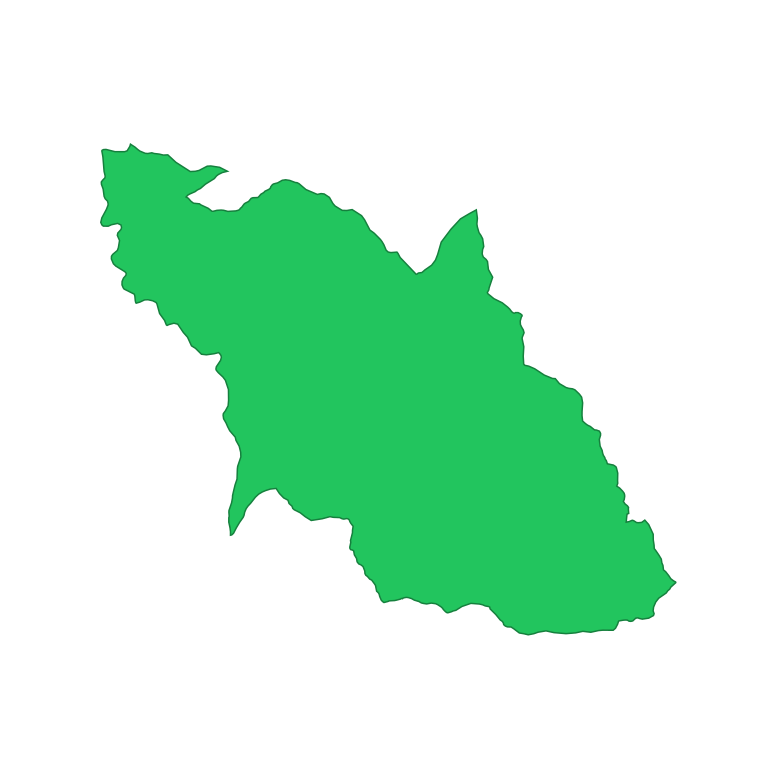 Saleng, Mongar, Bhutan, rotated 167°
{"feature_id": "84629894B77073852352819", "entity_name": "Saleng", "entity_type": "district", "adm_level": 2, "iso_a3": "BTN", "parent_name": "Bhutan", "parent_adm1": "Mongar", "projection": "natural_earth1", "projection_center": [91.106, 27.254], "detail": "fine", "context": "isolated", "style": "filled", "palette": "green", "viewbox_px": 768, "rotation_deg": 167, "n_neighbors": 0, "source": "geoboundaries", "source_scale": "gbopen_adm2", "svg_char_len": 6126}
<svg xmlns="http://www.w3.org/2000/svg" viewBox="0 0 768 768"><g transform="rotate(167 384 384)"><path d="M254.9,532.9L262.5,530.8L272.3,527.7L283.9,519.8L296.3,509.4L302.6,498.1L306.0,493.1L310.9,489.0L318.4,486.0L321.9,484.1L325.6,484.4L327.1,483.7L328.0,483.7L339.8,503.6L341.0,508.1L341.7,509.6L347.7,510.5L350.2,511.6L351.8,513.9L352.8,519.7L353.9,523.2L355.0,525.7L359.6,533.1L363.1,537.2L366.0,548.4L368.0,553.1L375.8,561.1L381.2,561.4L385.7,562.6L391.6,568.4L393.2,571.4L395.2,578.1L399.5,582.6L402.5,583.7L406.3,583.7L416.3,591.0L421.8,598.4L423.4,599.7L425.1,600.3L430.1,603.6L433.9,605.1L437.3,605.4L442.4,603.9L446.3,603.8L447.8,603.4L449.9,601.7L450.9,600.2L452.6,599.5L456.7,598.6L458.1,597.6L461.3,596.6L464.1,594.5L465.1,594.1L469.8,595.0L471.6,594.8L474.9,592.3L478.6,591.4L479.9,590.8L482.8,588.3L484.6,587.4L485.2,586.7L486.6,586.1L489.5,586.0L497.3,587.3L501.1,589.3L503.5,590.1L507.8,590.8L511.3,590.7L512.8,591.0L515.7,594.7L522.0,599.6L523.3,601.1L528.9,603.0L531.0,605.5L532.9,609.0L534.8,610.7L532.6,612.2L530.6,612.8L524.8,613.9L522.1,615.1L518.9,615.8L513.0,618.9L503.1,622.3L500.4,624.4L498.2,625.4L494.0,626.4L488.7,626.5L495.4,632.1L503.7,635.4L507.3,636.0L516.1,633.7L520.0,633.7L525.0,634.6L536.9,646.8L543.1,655.9L547.5,656.7L551.3,658.6L556.1,660.3L558.2,661.5L562.3,661.7L564.8,662.5L569.5,665.9L571.2,667.9L573.3,670.8L577.1,674.7L578.2,672.7L581.8,669.0L584.5,668.7L593.9,670.9L602.1,675.1L604.6,675.5L606.0,675.2L606.5,674.6L606.8,668.6L608.9,654.2L608.9,649.3L609.6,647.6L612.3,645.9L614.0,644.4L614.4,642.1L613.8,637.2L614.5,629.8L614.0,627.2L612.3,624.5L612.2,622.3L612.6,620.4L615.2,616.6L621.6,609.3L623.6,605.2L623.1,602.5L622.0,601.0L617.2,599.8L613.7,600.5L607.4,600.4L604.5,598.1L604.5,595.6L605.4,593.8L609.4,591.0L610.4,588.8L609.4,583.3L612.2,576.5L613.8,574.1L619.2,571.3L620.8,569.8L621.5,567.2L620.6,562.0L618.7,559.1L611.5,552.0L610.7,550.9L610.3,549.5L611.1,547.9L614.0,545.8L616.1,542.9L617.0,539.5L616.5,536.5L615.9,535.0L607.1,527.7L607.0,525.6L607.6,521.1L607.6,519.3L607.3,518.5L603.5,518.7L598.4,519.8L595.0,519.2L590.6,517.1L587.7,514.7L587.2,512.9L586.8,503.1L583.5,495.3L582.8,490.6L582.2,489.9L580.0,490.3L575.0,490.5L571.5,488.7L567.9,479.3L564.9,473.8L563.0,464.5L559.7,461.2L555.2,454.1L550.5,452.4L542.6,451.7L538.1,451.8L537.2,450.4L536.4,448.4L536.5,446.5L537.9,443.8L543.5,438.5L544.4,436.4L544.3,435.1L542.9,432.3L539.4,427.1L537.7,423.3L536.8,413.6L539.1,403.1L540.8,397.8L544.6,393.5L547.2,391.3L547.8,389.7L548.1,386.2L546.7,381.7L545.9,377.4L544.8,373.1L540.9,365.7L540.9,362.3L539.1,356.0L539.0,349.7L539.9,345.1L545.1,336.7L546.0,334.2L548.6,324.4L551.8,319.2L554.9,313.0L556.7,309.2L557.3,307.0L559.2,302.6L563.5,295.6L564.0,293.8L564.6,290.0L565.3,288.6L566.3,284.3L566.4,278.4L566.8,274.6L567.6,271.2L566.3,271.2L564.2,272.4L560.3,277.0L555.8,281.7L551.3,285.7L550.0,287.4L548.6,290.4L546.3,293.6L543.8,295.8L540.9,297.7L534.7,302.7L530.9,304.9L526.8,306.2L523.3,306.8L518.3,307.2L512.6,306.5L510.5,300.8L507.4,295.6L503.7,292.4L503.4,288.9L501.1,285.6L500.9,283.3L499.7,281.6L494.6,277.4L490.6,272.4L485.6,267.4L474.5,266.6L466.5,266.9L463.4,265.5L457.2,263.8L455.1,262.1L453.5,261.4L450.7,261.3L449.4,260.7L448.5,259.7L448.2,257.5L447.6,255.6L446.1,252.3L447.6,248.6L448.2,246.1L451.8,239.1L452.0,237.1L454.0,232.8L454.2,231.7L453.8,230.2L452.0,229.2L451.1,228.2L451.3,224.2L450.0,220.2L450.2,216.8L449.1,214.4L447.2,213.0L445.5,210.9L444.8,206.2L445.2,203.5L444.7,201.7L443.5,200.3L441.8,197.1L440.1,195.7L438.2,191.3L437.6,189.6L437.8,183.8L436.5,181.9L436.0,180.2L436.0,177.9L435.3,174.0L434.3,172.3L433.2,171.1L429.1,171.2L427.5,171.5L422.3,170.6L420.2,170.6L416.5,170.7L415.4,171.1L414.2,170.6L413.4,171.2L410.3,171.1L408.3,170.4L405.4,168.7L403.1,166.6L398.9,164.2L396.9,162.3L394.9,161.3L391.9,160.1L387.3,159.9L383.1,158.3L381.4,157.0L378.5,154.0L377.3,152.2L377.0,151.1L375.5,148.6L374.5,147.3L373.3,146.7L369.5,146.9L367.6,147.3L364.9,147.3L358.1,149.7L348.7,150.7L340.4,148.1L337.6,146.7L335.3,145.0L332.1,143.6L331.2,142.9L331.2,141.0L326.9,134.2L323.8,127.9L322.3,126.3L321.5,124.6L321.5,122.6L320.3,120.9L318.4,119.6L314.8,118.6L312.6,116.3L308.2,111.0L303.7,109.1L299.9,107.2L294.1,107.0L289.7,107.5L281.7,107.0L274.3,103.5L262.8,99.8L253.2,98.4L245.9,98.3L238.3,95.6L230.5,95.5L226.1,94.9L216.1,92.5L213.4,93.9L210.4,97.4L208.9,100.0L208.2,100.3L203.5,100.0L201.3,99.6L199.9,99.1L198.6,97.8L196.9,97.2L194.9,97.2L191.4,99.2L189.1,99.0L188.1,98.2L185.2,96.8L178.7,96.3L173.5,97.8L172.5,99.4L172.8,102.4L171.5,106.0L168.3,110.4L164.5,113.5L156.0,116.9L153.9,118.8L151.8,119.8L150.3,121.5L144.4,124.8L144.4,125.5L146.2,127.1L148.4,129.8L149.6,133.1L151.8,137.8L153.5,140.0L153.0,144.5L153.5,147.1L153.2,151.0L154.6,155.3L156.9,161.2L157.7,162.8L157.1,166.2L156.7,171.5L155.5,177.1L157.7,187.5L160.5,192.7L164.0,191.2L167.2,191.6L169.1,192.2L171.5,194.7L172.8,195.4L176.1,194.8L179.1,194.9L176.8,201.7L176.2,202.7L174.7,202.8L174.0,207.4L173.5,208.7L174.2,210.5L176.1,212.9L177.2,215.7L175.9,217.4L174.7,220.5L174.5,222.0L174.6,223.6L175.6,225.9L177.8,229.6L180.2,232.1L178.6,234.6L178.2,237.1L176.3,244.6L176.4,250.1L176.7,251.3L178.7,253.4L184.3,256.0L184.6,259.3L185.4,261.2L185.4,262.7L186.3,265.2L186.5,267.4L186.4,270.3L187.4,274.8L186.7,281.5L184.5,285.4L184.1,287.2L184.7,289.6L187.3,291.3L189.3,292.0L192.5,296.2L194.9,298.1L196.6,300.1L198.8,303.2L198.2,308.5L197.2,312.7L194.7,320.9L194.4,326.7L195.8,330.0L199.3,335.4L201.4,336.9L204.9,338.2L207.4,339.6L213.0,344.9L215.9,350.7L218.6,351.5L225.8,356.6L233.7,364.9L238.9,368.8L242.7,370.6L243.4,371.9L242.1,379.7L239.4,388.9L239.2,397.2L238.7,398.5L236.0,402.4L236.1,405.3L237.1,408.5L237.7,411.2L237.1,414.7L235.2,418.2L234.2,419.2L234.0,420.0L235.2,421.7L237.3,423.4L239.8,424.0L240.9,423.6L242.0,424.1L243.4,425.8L244.6,428.6L246.2,431.1L250.5,436.5L257.7,442.4L262.5,448.6L262.7,450.0L260.8,452.0L259.9,454.1L254.1,463.6L256.5,472.1L255.6,480.1L256.5,482.4L258.7,485.4L259.0,487.6L259.0,488.9L257.7,492.8L255.9,495.5L255.2,503.3L256.1,506.8L257.4,510.2L257.7,516.0L257.5,519.0L255.7,524.5L254.9,532.9Z" fill="#22c55e" stroke="#15803d" stroke-width="1.5"/></g></svg>